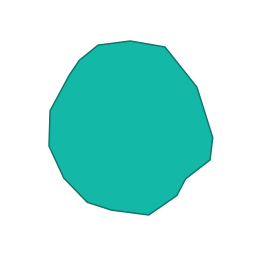 Isiro, Orientale, Democratic Republic of the Congo (Robinson projection), rotated 156°
{"feature_id": "63176286B55213243416233", "entity_name": "Isiro", "entity_type": "district", "adm_level": 2, "iso_a3": "COD", "parent_name": "Democratic Republic of the Congo", "parent_adm1": "Orientale", "projection": "robinson", "projection_center": [27.634, 2.767], "detail": "fine", "context": "isolated", "style": "filled", "palette": "teal", "viewbox_px": 256, "rotation_deg": 156, "n_neighbors": 0, "source": "geoboundaries", "source_scale": "gbopen_adm2", "svg_char_len": 372}
<svg xmlns="http://www.w3.org/2000/svg" viewBox="0 0 256 256"><g transform="rotate(156 128 128)"><path d="M48.5,137.5L61.3,187.0L90.6,206.6L121.6,215.9L144.8,209.7L160.1,200.2L192.2,175.4L207.5,143.7L207.0,108.3L195.4,76.6L176.4,59.6L144.4,40.1L111.0,46.4L96.1,58.1L66.0,65.5L54.5,84.8L48.7,135.3L48.5,137.5Z" fill="#14b8a6" stroke="#0f766e" stroke-width="1.5"/></g></svg>